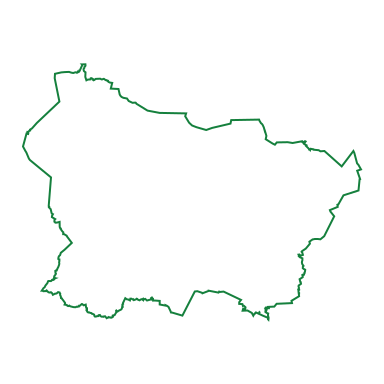 outline of Salvador Escalante, Michoacán, Mexico
{"feature_id": "50627088B74968068744186", "entity_name": "Salvador Escalante", "entity_type": "district", "adm_level": 2, "iso_a3": "MEX", "parent_name": "Mexico", "parent_adm1": "Michoacán", "projection": "robinson", "projection_center": [-101.725, 19.39], "detail": "fine", "context": "isolated", "style": "outline", "palette": "green", "viewbox_px": 384, "rotation_deg": 0, "n_neighbors": 0, "source": "geoboundaries", "source_scale": "gbopen_adm2", "svg_char_len": 5809}
<svg xmlns="http://www.w3.org/2000/svg" viewBox="0 0 384 384"><path d="M292.0,303.1L291.5,300.8L299.1,296.2L298.8,293.7L299.1,293.6L299.1,293.2L298.7,293.2L298.4,290.6L299.2,289.8L299.0,289.4L298.7,289.6L298.3,289.3L299.0,288.1L298.5,286.2L298.7,285.5L301.0,283.8L300.7,282.1L300.3,282.0L299.6,279.2L302.7,277.2L302.7,276.2L302.3,275.0L303.0,274.6L303.7,274.9L303.9,274.8L304.3,273.6L304.5,273.4L304.4,272.6L304.9,272.0L305.2,270.0L305.2,269.7L303.8,269.0L302.8,268.2L302.9,266.5L303.5,265.9L302.3,264.2L301.9,262.7L302.0,261.5L302.4,260.3L302.4,258.3L300.0,257.3L298.7,256.1L298.7,255.9L299.5,255.4L298.8,254.6L299.4,254.5L299.8,255.0L300.8,255.6L302.9,254.9L302.3,252.7L301.6,251.8L302.1,251.1L305.8,248.6L309.9,243.7L309.4,241.7L312.6,239.4L313.0,239.4L314.8,239.0L317.8,239.0L320.4,239.3L324.2,236.2L334.2,216.3L330.4,211.5L329.9,210.1L337.7,206.9L337.5,205.8L337.8,205.3L337.5,204.7L338.4,204.3L343.5,195.3L358.5,190.5L359.6,179.3L360.1,179.1L357.2,170.7L361.0,169.4L358.4,164.8L357.1,163.4L354.3,152.9L353.4,151.0L341.7,166.4L324.4,151.0L320.4,151.3L318.7,150.2L313.5,149.7L313.4,149.3L310.7,148.8L310.2,150.0L309.8,149.4L309.2,149.6L309.0,149.3L308.9,149.0L309.1,149.0L306.0,145.9L306.5,145.3L303.9,143.8L303.1,142.6L304.4,141.9L305.0,142.3L305.6,141.5L305.0,141.2L303.1,142.2L301.9,141.8L301.9,141.3L292.6,143.0L287.7,142.2L276.8,142.4L274.9,144.7L272.7,143.6L265.7,139.2L266.4,135.9L265.0,131.2L264.9,131.3L263.8,127.4L262.7,125.0L262.0,124.0L261.0,123.2L259.4,120.6L259.1,119.6L231.2,120.1L230.5,123.6L212.2,127.9L206.2,130.0L196.5,127.2L192.1,125.5L189.1,122.7L185.2,116.3L186.1,113.4L159.6,112.9L147.5,110.6L136.5,103.8L135.7,102.7L135.3,102.6L132.5,102.8L128.7,101.0L127.0,98.5L123.3,97.8L121.5,96.9L120.4,95.7L119.7,94.5L118.5,89.0L110.8,88.6L112.2,82.9L109.7,82.5L108.7,82.0L107.6,81.1L107.7,80.9L107.3,80.9L106.7,80.1L105.6,80.1L104.0,78.9L103.4,78.9L102.2,79.4L101.5,79.4L100.2,78.7L95.7,78.9L94.3,80.0L93.5,80.3L93.2,80.1L93.2,79.2L92.3,78.8L91.7,78.2L91.0,78.2L90.7,78.3L90.5,79.4L87.8,79.6L86.4,80.3L85.3,76.9L85.5,72.3L84.9,71.9L83.9,71.0L83.6,69.7L83.6,68.9L84.3,68.0L84.4,67.0L85.3,66.1L85.5,65.5L85.4,64.3L82.0,64.4L82.4,64.8L79.6,70.9L79.1,71.7L77.5,72.5L77.5,72.1L77.2,72.5L75.4,72.3L73.2,73.0L71.2,72.6L69.0,71.9L64.7,72.1L61.3,72.4L55.0,73.8L54.7,78.2L59.4,101.6L36.8,123.0L32.0,128.4L30.1,129.6L30.3,130.1L30.2,130.5L29.3,130.8L28.5,131.6L28.4,132.0L27.4,131.9L27.3,132.8L27.5,132.8L28.1,132.5L28.3,133.3L28.1,134.0L26.5,133.6L23.0,146.5L25.4,151.0L26.3,152.4L28.9,158.6L30.0,160.1L51.0,177.4L48.7,206.1L49.2,206.6L48.9,207.3L50.7,209.2L51.6,213.1L52.2,213.9L52.9,214.2L52.0,215.9L51.9,217.1L55.2,219.1L54.5,219.8L54.4,221.7L55.1,222.2L55.2,222.5L55.7,222.7L57.3,222.5L59.6,221.9L59.7,226.9L60.1,228.0L60.4,228.1L60.5,228.7L60.9,228.8L61.3,230.0L62.6,231.7L63.3,232.3L63.2,234.1L64.0,234.1L66.7,235.7L66.8,236.2L71.8,242.9L64.5,249.8L60.8,252.8L60.1,255.1L59.1,256.0L58.5,257.2L58.3,259.0L58.8,259.5L59.4,259.5L59.4,261.1L59.1,262.2L59.3,263.6L59.1,264.8L58.2,267.2L57.4,268.6L57.0,269.9L56.4,270.1L56.4,270.7L55.3,271.0L55.5,273.1L55.9,273.4L55.9,273.6L55.7,274.3L54.3,276.1L54.2,276.4L54.4,277.0L54.1,277.3L54.0,277.9L55.4,278.2L53.7,278.9L54.0,279.5L53.1,280.0L52.0,279.9L51.4,280.8L50.9,281.1L48.7,281.0L48.1,281.2L47.4,283.1L45.4,285.6L44.6,287.3L43.5,288.1L41.8,290.7L42.6,290.7L43.3,291.2L45.6,291.1L46.5,290.5L46.7,291.0L47.0,290.9L48.5,292.3L50.0,292.6L50.9,292.2L52.1,293.2L52.9,294.8L55.1,293.6L55.8,293.7L56.8,293.3L58.1,292.1L59.6,292.5L59.8,293.3L60.2,293.6L60.1,295.0L60.8,296.3L61.0,298.1L61.9,298.4L62.3,299.3L62.8,299.8L65.0,302.8L65.1,303.4L64.6,304.6L66.8,305.0L67.2,305.6L68.1,306.1L68.7,306.0L69.3,305.6L69.9,306.1L70.6,306.4L73.4,307.1L74.8,307.2L75.7,307.2L76.5,306.7L77.5,306.8L77.9,306.5L78.8,306.5L79.0,305.8L79.6,305.9L81.7,304.1L82.4,304.4L82.5,304.3L83.7,305.3L85.7,304.6L86.0,307.0L86.5,308.3L87.0,308.3L87.0,309.8L86.6,309.8L86.4,310.1L87.5,312.0L88.3,312.5L88.9,312.3L90.3,312.9L91.4,313.1L92.0,313.8L92.5,313.8L94.1,314.6L94.5,316.1L94.8,316.5L95.9,316.6L96.8,316.2L98.2,316.1L98.6,315.2L99.9,315.0L100.4,316.1L101.8,316.7L102.1,316.6L103.6,316.8L103.9,316.4L105.1,316.3L106.7,318.2L108.6,317.1L108.9,317.5L110.0,317.3L110.7,317.7L111.5,317.7L112.2,317.3L112.6,315.9L113.2,316.3L113.6,315.3L114.8,314.9L115.5,313.5L116.3,312.4L116.1,310.7L116.3,310.5L117.3,311.6L117.5,311.6L118.5,310.8L121.0,309.6L121.5,309.2L122.0,308.0L122.2,306.7L122.7,306.7L122.4,305.3L122.6,305.3L122.7,304.2L123.1,303.9L122.9,303.2L125.3,298.2L126.8,299.3L128.2,299.5L129.9,300.4L130.3,298.7L131.5,298.7L133.5,299.9L133.6,299.7L133.9,300.1L135.9,299.4L136.7,298.7L137.2,298.9L138.1,299.8L139.6,300.3L140.5,299.6L141.5,299.2L142.0,299.3L143.0,300.0L143.0,298.8L143.3,298.6L144.1,299.4L145.2,298.9L147.0,300.5L150.8,299.5L151.1,298.0L151.9,297.5L152.1,297.8L152.2,299.4L153.0,299.1L153.1,300.6L154.5,300.5L159.7,300.9L159.7,304.5L166.0,305.7L165.9,305.3L166.8,305.7L168.5,306.9L170.5,311.1L171.0,312.5L172.2,312.6L182.4,315.6L194.8,291.5L197.3,291.2L202.1,292.8L202.4,293.3L208.7,290.9L208.7,290.7L218.5,292.6L219.1,291.7L219.4,292.0L223.6,291.6L241.0,299.9L239.2,302.2L239.2,303.9L242.4,304.1L242.9,305.8L243.3,305.6L243.9,305.8L245.5,307.3L245.2,308.9L244.7,309.0L243.2,308.6L242.6,310.7L247.5,310.5L251.8,312.9L253.3,315.7L254.2,314.1L254.5,313.8L254.8,313.8L255.0,313.6L254.8,313.5L255.9,312.4L258.6,313.7L259.4,312.2L259.5,312.3L258.7,313.7L262.7,315.6L267.7,317.7L268.0,318.2L268.0,319.3L268.4,319.7L268.6,317.9L267.9,315.1L268.2,313.5L266.9,313.0L265.5,312.1L265.6,311.6L265.4,311.3L265.6,310.4L266.3,310.6L266.5,310.0L265.8,309.9L265.8,309.6L265.1,309.3L265.9,309.3L265.9,309.0L265.5,308.9L265.6,308.1L268.9,308.2L268.9,307.9L265.6,307.8L265.8,307.5L267.4,307.5L267.7,306.9L274.3,306.6L276.6,303.8L292.0,303.1Z" fill="none" stroke="#15803d" stroke-width="2"/></svg>